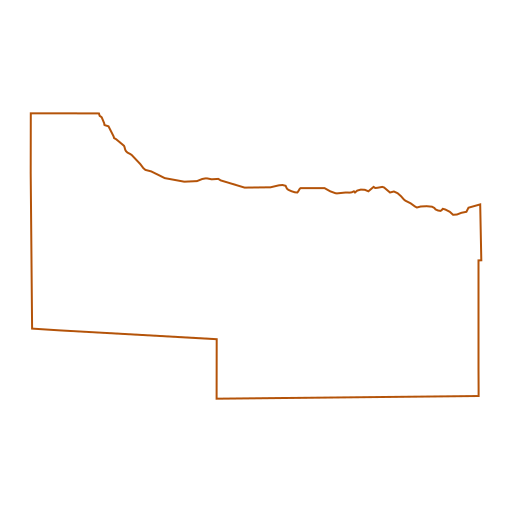 an SVG outline of Kavango
{"feature_id": "NAM-3354", "entity_name": "Kavango", "entity_type": "Region", "adm_level": 1, "iso_a3": "NAM", "parent_name": "Namibia", "parent_adm1": "", "projection": "mercator", "projection_center": [19.863, -18.289], "detail": "fine", "context": "isolated", "style": "outline", "palette": "amber", "viewbox_px": 512, "rotation_deg": 0, "n_neighbors": 0, "source": "natural_earth", "source_scale": "10m", "svg_char_len": 1556}
<svg xmlns="http://www.w3.org/2000/svg" viewBox="0 0 512 512"><path d="M30.8,113.3L51.1,113.3L89.7,113.4L97.8,113.4L99.0,113.5L99.2,114.4L99.7,115.9L100.7,116.5L101.7,117.3L104.2,123.3L104.4,124.9L104.9,125.2L108.5,126.3L113.6,136.4L114.1,138.1L116.1,139.2L124.0,145.8L124.5,147.0L125.2,149.7L126.0,151.2L127.5,152.6L130.2,154.0L131.7,155.0L140.3,164.1L143.3,168.1L145.4,169.9L151.2,171.4L164.7,178.1L184.3,181.7L197.0,181.1L202.2,179.0L205.4,178.4L207.1,178.4L211.6,179.3L218.3,178.9L220.7,180.4L244.6,187.6L270.5,187.3L279.0,185.3L282.5,185.0L285.6,185.8L286.9,188.6L288.3,189.8L291.4,191.2L294.9,192.3L297.3,192.5L298.0,191.7L299.8,188.7L300.7,188.1L324.5,188.1L330.2,191.3L335.4,193.2L336.9,193.4L345.7,192.5L349.8,192.6L351.8,192.3L353.9,191.3L355.0,192.5L357.2,190.6L360.8,189.6L364.8,189.8L368.4,191.3L373.6,186.9L375.2,188.0L377.3,187.8L382.3,186.9L384.1,187.5L390.0,192.5L393.9,191.5L397.6,193.2L401.0,196.2L403.9,199.5L405.4,200.7L410.6,203.3L415.0,206.5L416.9,207.5L420.7,206.5L426.6,206.2L432.0,206.7L434.4,208.0L435.5,209.4L438.0,210.5L440.5,210.9L441.6,210.2L442.8,208.8L445.3,209.5L449.8,211.8L453.1,214.8L457.0,214.5L461.4,212.8L466.4,211.8L468.5,207.7L480.2,204.4L481.3,260.3L478.5,260.4L478.5,264.9L478.5,271.4L478.5,277.9L478.5,284.4L478.5,290.9L478.5,297.4L478.5,303.8L478.5,310.3L478.5,316.8L478.5,323.3L478.5,329.8L478.5,336.3L478.5,342.7L478.5,349.2L478.5,355.7L478.5,362.2L478.5,368.7L478.6,388.6L478.6,396.0L216.6,398.7L216.7,339.2L60.0,330.4L32.1,328.6L30.7,172.8L30.8,113.3Z" fill="none" stroke="#b45309" stroke-width="2"/></svg>